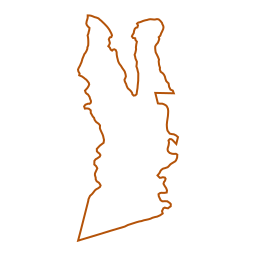 outline of Maracanã, Pará, Brazil
{"feature_id": "56859067B55214548795281", "entity_name": "Maracanã", "entity_type": "district", "adm_level": 2, "iso_a3": "BRA", "parent_name": "Brazil", "parent_adm1": "Pará", "projection": "natural_earth1", "projection_center": [-47.491, -0.804], "detail": "fine", "context": "isolated", "style": "outline", "palette": "amber", "viewbox_px": 256, "rotation_deg": 0, "n_neighbors": 0, "source": "geoboundaries", "source_scale": "gbopen_adm2", "svg_char_len": 4043}
<svg xmlns="http://www.w3.org/2000/svg" viewBox="0 0 256 256"><path d="M162.7,213.5L162.0,211.1L163.4,208.3L164.8,207.6L166.0,208.0L168.0,208.3L169.1,207.4L170.7,206.3L170.8,204.1L169.6,202.8L168.4,202.1L167.4,201.3L164.9,201.2L162.3,201.3L160.6,200.2L159.5,197.8L158.8,196.3L158.5,194.2L159.8,193.2L161.2,192.8L164.3,192.9L166.7,192.5L167.0,190.4L166.2,188.2L164.6,185.8L163.5,183.8L164.0,182.0L165.0,180.7L165.6,178.8L164.9,177.6L162.9,177.2L161.1,177.7L159.8,177.8L157.5,175.4L158.9,173.8L159.8,172.5L160.4,171.1L161.5,169.7L163.1,168.6L164.8,168.2L167.7,167.2L169.2,165.7L170.1,164.6L171.1,163.8L175.1,161.4L176.0,160.4L177.1,157.7L177.3,154.7L175.9,153.8L173.3,153.9L171.9,153.7L169.6,152.9L168.0,151.2L167.6,149.8L167.7,148.3L168.6,145.3L169.0,142.5L168.5,140.5L169.7,139.1L171.0,139.1L172.3,139.8L176.3,144.0L177.1,140.6L178.0,137.1L176.0,135.4L173.8,134.3L171.8,134.1L169.7,133.6L167.5,130.6L167.1,128.8L166.9,126.9L166.8,124.6L167.1,121.5L167.5,118.8L167.9,116.1L168.1,113.6L168.2,111.0L167.9,108.6L166.8,106.3L165.8,105.3L164.0,104.3L162.3,103.7L160.0,103.7L157.9,103.4L155.3,92.9L173.8,93.3L172.8,90.6L170.5,89.6L169.1,86.8L168.6,83.4L167.3,82.2L166.2,81.0L165.4,78.7L164.9,76.6L163.9,74.6L162.7,73.2L160.7,71.8L159.8,69.4L160.0,67.8L159.1,65.0L158.7,61.4L159.0,59.6L158.0,57.0L156.8,54.5L155.7,52.4L155.4,50.5L155.2,48.5L155.2,46.5L155.8,45.3L156.6,44.2L157.9,42.7L158.8,40.4L159.3,38.9L158.7,37.2L160.3,35.7L161.2,33.2L162.0,31.7L163.2,29.0L163.5,27.1L163.1,25.5L162.4,24.3L162.0,22.9L160.4,20.9L158.7,19.4L157.0,19.1L155.1,19.5L153.7,19.5L151.5,19.3L150.1,19.2L148.5,19.5L147.3,19.9L145.3,20.3L143.2,20.9L141.3,21.7L139.9,22.2L138.2,22.6L137.0,23.6L138.0,25.3L137.4,27.4L136.0,27.7L134.8,28.8L134.1,30.8L133.7,33.1L132.5,35.0L131.9,36.3L132.9,37.9L135.2,38.3L135.5,40.0L136.9,41.7L136.3,44.3L135.9,47.5L136.1,49.2L135.8,50.8L135.3,52.9L134.6,54.8L135.1,56.5L135.5,58.6L136.9,61.7L136.7,64.3L136.4,66.4L137.2,68.6L137.6,70.4L138.3,73.3L138.2,80.7L137.7,85.5L137.5,88.1L137.0,91.1L136.6,94.1L135.4,95.3L133.7,95.6L132.4,94.3L132.0,92.7L130.7,90.9L129.2,89.5L127.9,88.4L127.2,87.1L126.5,85.4L126.1,83.9L125.4,82.7L124.7,81.0L124.5,79.6L125.2,78.3L125.9,76.4L125.5,74.1L124.7,71.5L123.7,70.0L122.4,68.2L121.0,65.9L119.6,64.1L118.8,62.7L118.1,61.1L117.6,58.9L117.2,57.4L116.9,55.8L116.7,54.4L116.6,52.1L115.7,50.0L114.3,49.3L113.1,49.6L112.1,50.6L110.7,49.6L109.8,47.6L108.3,46.2L109.3,44.7L109.9,43.0L109.4,41.2L108.8,39.3L109.8,37.4L111.3,37.1L112.0,35.3L111.3,33.4L110.3,31.5L109.2,29.5L108.2,28.1L107.1,26.7L106.0,25.5L104.2,23.6L102.5,22.0L101.3,20.8L100.0,19.8L98.5,18.4L96.5,17.6L94.6,17.1L92.7,16.3L91.0,15.7L89.6,15.5L87.7,15.4L87.7,17.7L87.3,19.3L86.7,21.1L86.3,23.6L86.8,25.0L88.0,26.6L89.5,27.9L89.2,30.2L88.7,31.9L88.4,33.5L87.6,35.4L88.0,37.2L88.2,39.0L88.3,41.3L88.3,43.2L88.2,45.4L87.4,47.3L87.3,48.9L86.6,50.7L85.5,52.7L84.3,54.2L83.7,55.8L83.1,57.2L82.4,58.9L82.0,60.4L81.4,62.4L80.7,63.9L80.0,65.6L78.8,67.7L78.0,69.6L78.4,71.5L79.6,73.5L79.2,75.3L81.9,76.4L83.9,77.8L84.9,78.7L86.3,79.7L87.4,81.0L88.8,82.9L89.2,84.4L88.5,86.2L87.3,88.1L85.0,90.6L85.7,92.7L86.8,93.8L88.0,94.5L89.6,97.0L90.0,98.6L91.0,101.1L90.8,102.7L89.6,103.8L88.0,103.7L85.4,104.7L84.1,106.4L84.9,108.6L86.8,108.4L88.8,108.7L90.7,110.3L90.8,113.0L91.7,114.5L92.8,116.5L94.1,117.9L94.5,119.6L95.9,121.7L97.4,122.9L98.6,123.7L100.0,125.4L99.9,128.3L100.7,130.4L101.8,132.8L102.6,134.5L103.2,136.3L103.5,137.8L104.0,139.9L103.6,142.8L99.9,145.6L96.8,148.9L96.9,151.3L97.8,152.3L99.5,153.6L100.4,155.1L99.8,156.6L97.2,158.4L95.6,159.3L94.4,160.9L94.3,164.5L96.1,166.1L97.3,168.3L95.7,171.8L95.0,173.4L94.9,175.0L95.7,177.8L95.7,179.3L96.7,181.3L98.9,182.7L99.7,183.8L100.6,185.4L100.0,186.9L97.8,188.5L96.5,189.1L95.0,190.3L93.7,192.0L92.2,193.9L90.0,195.9L88.5,199.2L88.2,201.1L81.0,229.5L78.1,240.6L98.8,234.4L110.8,230.7L124.7,226.6L127.9,225.0L136.6,222.2L139.5,221.4L141.4,221.1L143.8,220.3L146.7,219.7L148.5,219.3L150.5,218.7L152.4,217.8L154.8,217.1L157.2,216.6L160.1,215.3L162.7,213.5Z" fill="none" stroke="#b45309" stroke-width="2"/></svg>